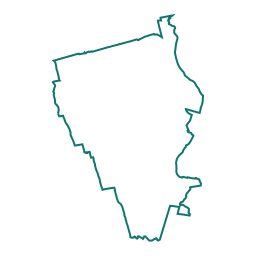 Costesti, Vaslui, Romania
{"feature_id": "2599482B89888252920776", "entity_name": "Costesti", "entity_type": "district", "adm_level": 2, "iso_a3": "ROU", "parent_name": "Romania", "parent_adm1": "Vaslui", "projection": "natural_earth1", "projection_center": [27.779, 46.468], "detail": "fine", "context": "isolated", "style": "outline", "palette": "teal", "viewbox_px": 256, "rotation_deg": 0, "n_neighbors": 0, "source": "geoboundaries", "source_scale": "gbopen_adm2", "svg_char_len": 5710}
<svg xmlns="http://www.w3.org/2000/svg" viewBox="0 0 256 256"><path d="M189.6,215.6L189.9,214.6L189.9,214.1L189.5,213.7L188.6,212.9L188.5,212.5L188.7,212.1L188.7,211.0L189.1,209.9L189.0,209.4L188.7,208.6L188.4,208.2L185.1,206.4L183.7,205.3L183.2,205.0L182.7,204.8L181.7,204.7L180.6,205.2L180.2,205.1L179.9,204.8L179.8,204.2L180.0,203.6L180.4,203.1L180.8,202.5L181.1,202.2L182.8,201.7L183.3,201.1L184.0,199.7L184.6,199.1L185.1,198.7L185.7,197.9L186.2,197.0L186.3,196.5L186.0,195.6L186.1,195.3L186.3,194.5L186.9,193.4L189.8,189.8L190.2,189.3L190.4,188.6L190.1,187.4L190.9,187.1L200.7,185.6L200.9,183.3L200.3,182.4L199.2,179.5L197.8,178.9L196.8,178.7L196.4,178.1L195.7,178.0L195.4,178.5L192.4,178.3L190.5,177.9L187.7,177.3L187.4,177.8L182.9,176.9L182.1,177.6L181.6,177.3L180.4,177.2L179.9,177.1L179.5,176.8L178.3,175.8L177.4,174.6L177.0,174.0L176.4,172.1L176.3,171.5L176.5,169.3L176.3,164.8L176.1,163.4L176.1,162.6L176.3,161.4L176.8,159.3L177.2,158.4L177.7,157.5L178.2,156.8L178.9,155.8L180.9,153.7L181.4,153.4L181.8,153.0L182.3,152.5L182.7,152.0L182.9,151.6L183.1,150.6L184.0,149.2L184.3,148.6L184.9,147.8L185.3,147.6L185.7,147.2L185.8,146.2L185.9,145.7L186.1,145.3L187.7,144.7L188.9,143.6L189.6,142.8L191.3,139.9L193.4,135.8L193.3,135.6L193.3,135.4L193.1,135.2L192.8,134.9L191.9,134.5L191.3,133.2L190.8,132.8L189.1,132.4L188.4,132.2L188.0,131.8L187.6,130.9L188.6,130.6L186.5,125.4L186.6,125.2L188.0,123.2L189.4,121.5L190.2,120.2L191.2,116.9L191.8,114.9L189.2,113.7L187.0,111.7L186.6,111.1L186.0,109.6L185.9,109.1L198.8,112.7L199.7,112.9L200.6,109.1L200.7,108.3L200.7,107.8L201.1,107.0L201.8,105.0L202.1,104.1L202.5,102.7L202.6,101.9L202.9,97.7L202.9,97.0L203.0,96.4L203.1,95.9L202.9,95.5L201.7,94.5L201.2,94.0L200.7,93.0L200.0,91.9L199.5,91.0L199.0,89.4L198.6,88.7L196.7,86.2L196.2,85.5L195.8,84.5L194.4,82.4L193.8,81.8L192.3,80.8L190.1,79.9L187.7,77.6L185.9,76.3L185.2,75.6L184.8,75.1L184.1,73.2L183.6,72.2L182.2,70.7L180.0,68.1L179.1,66.6L177.8,63.8L176.3,58.9L175.5,55.5L174.9,52.6L175.0,51.6L175.4,49.5L175.5,48.0L176.1,43.7L176.4,42.3L176.8,40.8L177.2,39.8L177.5,38.2L177.5,37.1L177.2,36.4L176.2,35.3L175.6,34.4L175.1,33.9L174.8,33.8L174.6,33.4L174.2,32.6L174.1,32.2L174.2,31.5L174.4,29.5L174.6,29.0L175.1,28.2L175.1,27.9L175.0,27.3L174.6,26.7L174.2,26.4L173.9,26.3L172.8,26.1L172.2,25.9L171.7,25.6L170.8,24.9L169.0,24.2L168.8,23.6L168.9,23.2L169.3,22.6L168.9,21.7L168.0,20.6L168.1,20.3L169.1,19.7L169.0,19.4L168.7,19.0L168.7,18.7L169.0,18.0L169.3,18.0L170.0,18.3L170.2,18.2L170.4,18.0L170.2,17.2L170.8,16.4L172.1,15.8L172.4,15.5L172.6,15.5L172.7,15.4L160.5,17.7L160.9,19.7L161.0,20.5L160.4,20.4L159.9,20.5L157.9,20.7L158.0,21.6L159.4,27.5L161.9,37.2L157.5,34.5L154.4,34.6L154.1,34.0L153.8,34.0L150.8,34.9L149.5,35.2L148.6,35.5L147.9,35.8L144.9,36.7L140.7,38.8L139.5,39.2L139.2,39.6L138.8,40.0L138.1,40.1L137.6,39.9L137.4,39.7L137.2,39.5L136.7,39.5L135.8,39.6L131.5,41.0L108.5,47.1L92.1,51.8L91.7,51.4L89.3,52.0L88.8,51.6L87.4,52.1L86.0,52.8L85.2,53.0L85.3,53.3L85.2,53.3L84.9,53.2L84.5,52.6L84.2,53.3L79.4,54.3L78.9,53.7L77.8,54.0L76.5,54.1L75.2,54.6L62.0,58.3L53.7,60.7L54.6,61.6L55.2,62.4L55.4,62.7L55.5,63.4L55.7,63.9L55.9,64.9L56.3,67.2L56.5,68.6L56.5,69.4L56.8,69.9L57.0,70.5L57.4,71.6L57.7,72.9L58.0,74.4L58.6,76.4L58.8,78.1L59.2,79.6L59.5,80.4L59.6,80.5L57.7,80.8L57.1,81.0L56.0,81.1L53.4,81.7L53.1,81.8L52.9,82.1L53.2,82.7L54.7,84.6L55.1,85.3L55.1,85.6L55.1,86.3L54.5,87.4L53.9,89.6L53.9,90.1L53.7,90.6L53.4,91.3L53.3,91.5L53.4,92.0L53.6,92.3L54.0,92.6L54.2,93.0L54.1,93.3L53.8,94.0L53.7,94.4L53.8,95.1L53.8,95.5L54.2,96.9L54.3,97.3L54.4,97.6L54.5,98.3L54.8,98.9L54.9,99.9L55.0,100.7L55.0,102.0L55.2,103.3L55.3,103.5L55.9,104.3L56.6,104.6L56.7,104.8L57.1,105.6L57.9,106.4L58.3,107.1L58.8,110.2L58.5,111.2L58.3,111.9L58.1,112.2L58.3,113.0L58.4,114.4L59.0,115.9L59.2,116.3L60.2,116.3L63.0,115.7L63.3,116.5L63.7,117.6L64.6,119.7L64.8,120.7L65.2,121.7L66.3,123.6L66.8,124.1L67.5,125.4L67.9,125.9L68.2,126.6L68.8,127.9L69.0,128.2L69.8,130.1L70.0,131.2L70.4,131.5L70.5,132.2L70.6,133.9L70.5,134.4L70.6,135.0L70.8,135.6L71.3,136.4L71.5,137.0L71.7,137.7L73.1,140.5L74.4,144.3L74.7,145.5L74.9,145.6L82.4,144.3L82.7,145.6L83.8,149.3L84.2,151.0L84.3,152.2L84.4,152.4L84.7,152.5L86.5,152.2L86.6,152.4L86.2,152.7L86.2,152.8L86.7,152.7L87.1,152.8L87.1,153.0L87.5,153.0L87.7,152.6L87.9,152.5L88.0,152.2L89.4,151.8L89.6,151.8L89.8,152.4L90.1,154.2L90.5,155.8L91.1,157.7L93.1,157.3L93.5,158.5L93.8,160.8L94.0,161.7L95.0,164.3L95.1,166.0L95.4,167.0L95.5,167.3L95.7,168.4L95.9,168.8L96.3,170.2L96.8,171.2L97.1,172.0L97.5,172.9L98.2,175.0L98.3,175.8L99.1,177.7L99.4,178.2L99.7,180.1L99.9,181.4L100.6,183.8L101.2,186.0L102.4,189.0L102.5,189.8L104.6,189.2L111.1,188.1L114.3,187.7L114.7,188.8L114.7,189.3L115.5,193.3L115.8,194.1L116.3,195.8L116.7,197.8L118.0,201.3L118.4,202.1L118.8,202.6L119.6,203.2L120.6,203.8L120.8,204.1L121.9,206.0L122.2,206.7L122.7,208.4L123.2,209.7L123.7,211.8L124.2,213.2L124.4,214.1L124.3,214.7L124.3,215.0L124.6,216.1L125.1,217.0L125.4,217.8L125.5,218.4L125.7,219.8L126.0,220.2L126.6,223.0L127.6,225.6L127.8,226.6L129.7,233.3L130.4,236.3L130.4,237.2L130.9,237.6L133.6,237.6L133.9,237.6L134.1,237.4L134.2,236.7L134.4,236.6L134.8,236.6L135.3,236.9L136.1,237.9L137.1,238.6L137.3,238.6L137.5,238.4L137.7,237.7L138.0,236.4L138.6,236.3L140.2,237.0L141.5,237.9L142.7,238.4L143.0,238.8L143.3,238.4L143.7,237.6L143.9,237.0L144.1,236.5L144.6,236.4L145.2,236.4L145.5,236.6L148.9,240.2L149.6,240.6L150.5,240.6L151.5,240.6L152.4,240.3L153.0,240.0L154.3,239.0L154.9,239.0L155.2,238.8L155.9,238.3L156.2,238.2L156.7,238.5L157.6,240.4L157.8,240.5L158.1,240.5L159.8,239.7L170.1,205.8L172.2,205.9L173.9,206.2L179.3,207.0L177.6,213.9L183.7,214.6L189.6,215.6Z" fill="none" stroke="#0f766e" stroke-width="2"/></svg>